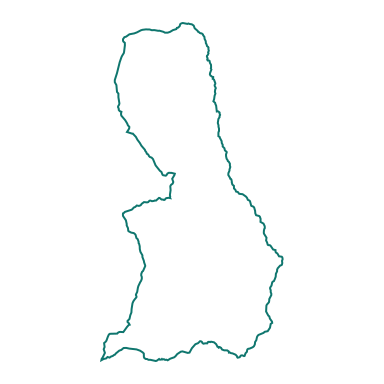 Labateca, Norte de Santander, Colombia (Robinson projection)
{"feature_id": "7082276B68163491076409", "entity_name": "Labateca", "entity_type": "district", "adm_level": 2, "iso_a3": "COL", "parent_name": "Colombia", "parent_adm1": "Norte de Santander", "projection": "robinson", "projection_center": [-72.516, 7.278], "detail": "fine", "context": "isolated", "style": "outline", "palette": "teal", "viewbox_px": 384, "rotation_deg": 0, "n_neighbors": 0, "source": "geoboundaries", "source_scale": "gbopen_adm2", "svg_char_len": 6024}
<svg xmlns="http://www.w3.org/2000/svg" viewBox="0 0 384 384"><path d="M239.7,357.2L240.7,355.7L241.4,355.4L242.5,355.4L244.0,356.1L244.6,355.9L245.5,353.3L246.9,351.8L247.2,349.9L247.5,349.3L248.2,348.8L249.6,348.6L252.6,347.3L253.9,346.3L254.8,344.5L255.1,342.0L256.3,340.2L257.0,337.0L257.8,335.6L258.6,334.9L263.5,332.9L264.7,331.8L267.7,331.2L270.0,327.7L270.7,323.9L272.2,322.9L272.0,321.6L269.9,318.6L269.3,316.4L268.3,315.6L266.1,311.5L266.4,305.7L266.8,304.7L268.9,302.3L269.2,300.9L269.3,299.0L271.3,295.1L271.3,293.6L270.7,292.2L270.7,290.2L270.1,288.7L270.2,287.5L271.5,285.6L272.2,282.4L272.7,281.7L273.9,281.1L274.8,279.1L275.7,276.7L275.9,273.8L277.1,271.3L277.1,269.7L277.7,268.3L280.1,265.6L281.5,265.1L281.9,264.7L282.3,263.0L282.0,260.9L282.6,259.3L282.5,258.1L282.2,257.2L281.7,256.7L279.0,256.3L277.4,253.5L275.8,252.4L275.5,251.4L275.5,250.1L273.1,249.5L270.6,245.8L269.8,245.2L268.2,245.1L267.7,244.7L267.1,242.5L266.1,240.5L266.5,237.7L264.0,233.7L263.8,233.0L263.9,230.7L264.3,228.9L264.8,228.1L264.7,226.2L263.5,223.6L260.5,221.9L260.6,218.9L259.8,216.6L259.1,216.0L256.1,215.2L255.3,213.3L255.1,210.8L254.1,207.4L252.9,206.4L251.6,206.0L251.2,205.7L250.0,201.2L249.3,200.5L247.8,199.8L247.1,198.0L246.0,196.6L242.6,194.2L239.2,193.8L237.8,192.0L236.1,191.6L235.3,189.7L234.0,188.5L233.9,185.8L232.6,184.8L232.1,183.9L232.1,183.2L231.8,182.6L231.8,181.5L231.4,179.6L231.1,179.1L230.2,178.7L230.1,178.0L228.3,175.0L228.4,173.1L229.5,170.6L229.5,169.5L230.3,167.0L229.9,165.6L229.9,163.7L228.9,161.9L227.8,161.0L227.7,160.3L226.6,158.7L226.1,156.4L226.0,154.8L226.1,154.1L226.7,152.5L226.6,151.8L224.9,150.4L224.4,148.2L222.7,146.5L222.7,144.8L221.8,143.1L221.6,141.1L219.9,137.9L219.7,137.0L218.4,136.2L218.4,133.1L218.5,132.1L219.0,131.1L219.0,128.6L218.5,126.8L218.5,125.3L217.8,123.0L218.4,119.0L219.6,117.1L219.5,116.1L220.1,114.9L219.5,113.4L219.6,112.6L219.4,112.3L217.9,111.3L216.8,111.5L216.1,105.5L215.5,104.4L215.1,102.8L213.4,101.3L214.1,99.3L214.6,95.7L215.4,93.6L214.9,91.9L215.2,89.5L215.8,88.2L215.5,87.3L214.9,86.5L214.6,85.1L215.3,83.8L215.3,83.2L214.0,79.6L212.7,78.8L213.2,77.6L213.2,77.0L211.7,76.6L211.1,75.9L210.5,75.6L209.9,74.5L210.0,73.2L211.4,69.5L210.8,68.3L211.1,67.4L211.0,64.8L209.9,62.8L209.6,61.0L208.7,60.4L207.7,60.5L207.4,60.0L207.2,59.6L207.6,58.3L206.9,56.7L207.0,55.8L207.7,55.1L208.5,53.3L208.1,52.3L208.8,50.7L208.4,49.1L208.5,47.7L208.1,46.9L207.1,46.2L206.5,44.2L205.9,43.3L205.7,41.1L204.6,38.9L204.4,36.9L203.1,35.2L203.0,34.6L202.3,33.8L201.3,33.3L200.6,33.3L199.7,32.9L199.2,32.3L197.9,31.6L197.7,30.9L194.7,28.3L193.7,25.6L191.8,24.3L189.7,24.0L188.4,23.5L187.4,23.9L182.8,23.0L181.3,23.4L180.2,24.2L179.7,26.1L178.2,27.6L176.9,27.9L176.3,29.1L173.0,30.1L170.0,31.9L167.6,32.7L165.0,32.7L163.4,31.8L159.4,30.7L158.2,30.8L154.4,30.1L151.8,30.2L149.7,29.5L145.8,29.4L142.5,29.8L140.9,30.3L136.9,32.4L134.2,33.4L129.4,34.3L126.2,36.6L124.4,37.2L123.0,39.2L123.0,40.7L123.3,41.5L124.8,42.8L124.9,45.2L124.1,51.7L123.8,53.1L122.1,55.8L121.4,57.3L119.7,62.2L117.0,73.1L114.8,80.0L114.8,82.2L116.4,85.1L117.0,91.9L118.4,93.6L118.4,97.2L119.4,103.4L119.1,104.7L118.2,106.2L118.0,107.0L118.7,108.6L118.8,110.0L119.8,111.2L121.4,111.8L121.0,113.9L121.3,115.6L125.2,120.2L127.2,123.5L127.9,125.3L129.3,126.8L129.3,128.0L128.8,129.2L127.0,132.0L132.3,133.7L132.8,133.6L135.9,136.9L137.4,139.7L139.8,142.9L141.4,145.7L144.9,149.8L145.2,150.8L146.4,152.4L146.8,153.7L148.2,154.5L149.0,156.1L149.9,157.0L151.6,157.6L153.0,159.1L155.6,165.4L159.9,170.8L161.4,171.9L162.5,174.7L163.1,175.2L165.8,175.7L166.5,175.1L167.5,173.5L168.8,172.8L171.6,172.9L174.8,173.7L174.4,175.1L172.2,178.8L173.3,182.0L172.9,183.1L172.6,183.7L171.2,184.7L170.5,185.7L170.3,186.5L170.6,190.1L169.9,195.0L170.2,196.6L169.9,197.5L170.2,198.1L168.7,197.8L166.5,198.1L165.7,198.5L164.7,199.8L164.0,200.0L163.2,199.6L161.5,199.5L159.7,198.0L159.0,197.9L156.0,200.6L154.7,200.5L154.0,200.9L152.0,201.2L150.5,200.6L149.9,200.6L149.4,200.8L148.2,202.1L147.1,202.4L144.0,202.1L141.7,203.8L140.8,205.1L139.7,205.7L138.8,205.9L136.8,205.5L135.3,206.9L133.7,207.6L132.7,208.8L131.7,209.7L124.9,211.9L123.7,213.1L123.0,213.4L122.9,214.9L123.1,216.1L125.9,220.3L126.7,223.9L126.7,225.4L128.0,228.2L128.2,230.4L128.5,231.2L131.2,232.6L133.8,233.1L135.0,234.1L135.6,234.9L136.4,238.0L137.7,239.2L138.6,241.8L138.6,243.1L139.1,243.8L139.7,246.2L139.8,249.1L140.4,251.8L142.4,255.3L142.4,257.0L143.9,261.0L144.1,262.3L145.2,265.5L145.2,266.1L143.1,270.9L142.1,271.8L141.3,273.8L141.2,275.3L141.8,277.0L141.8,278.8L141.1,280.8L140.2,282.2L138.4,286.0L137.9,287.7L137.2,291.9L136.0,294.4L135.9,295.0L136.5,296.5L136.4,297.3L134.5,299.6L133.3,301.4L132.5,303.3L131.6,309.0L131.4,312.5L130.3,315.2L129.5,318.9L127.5,321.0L127.6,322.1L128.9,323.3L129.6,324.7L128.8,324.9L127.1,326.8L123.3,332.1L120.0,331.9L119.1,332.1L118.0,332.7L117.2,333.6L109.9,333.8L108.9,334.5L107.9,336.6L106.4,340.7L105.7,341.7L104.1,343.1L104.6,347.0L103.7,349.2L104.9,352.9L102.6,357.6L101.7,358.8L101.4,360.2L103.6,359.0L106.2,358.4L107.5,357.0L109.6,357.6L111.1,356.5L112.7,356.0L114.0,355.0L115.0,354.6L115.8,353.5L119.3,350.6L121.4,349.9L122.8,348.6L123.7,348.0L126.1,347.9L129.4,348.6L136.5,349.4L140.1,350.7L142.7,352.4L143.8,353.5L143.9,357.0L144.4,358.1L145.8,359.0L147.0,359.0L148.5,359.8L150.3,359.8L155.8,361.0L156.8,360.7L159.1,359.0L159.9,359.7L161.4,359.5L161.9,359.0L162.3,359.5L163.9,359.2L165.1,359.9L166.5,359.7L167.7,360.3L170.2,358.7L174.2,357.3L175.5,356.2L177.2,354.1L180.8,351.7L182.5,351.4L187.7,352.9L189.5,352.6L191.9,348.2L194.8,344.9L195.4,344.2L198.0,343.2L200.1,341.2L201.2,341.4L201.8,341.8L202.6,343.2L203.5,343.7L205.2,343.3L207.3,343.3L207.8,342.2L208.9,341.8L210.3,342.1L211.0,341.7L214.0,342.3L216.2,344.2L217.5,346.8L218.4,346.9L218.7,347.7L219.0,347.6L219.3,347.0L219.8,347.1L221.1,347.9L222.0,349.5L224.1,350.3L227.3,350.4L228.8,351.5L228.9,352.6L229.9,352.5L230.8,353.1L232.6,353.4L235.6,354.7L236.9,356.1L237.3,357.4L237.7,357.7L239.7,357.2Z" fill="none" stroke="#0f766e" stroke-width="2"/></svg>